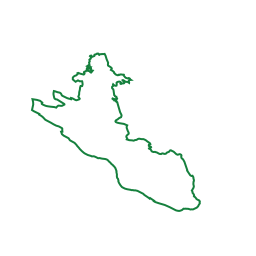 Regidor, Bolívar, Colombia (Equal Earth projection), rotated 117°
{"feature_id": "7082276B31703360799100", "entity_name": "Regidor", "entity_type": "district", "adm_level": 2, "iso_a3": "COL", "parent_name": "Colombia", "parent_adm1": "Bolívar", "projection": "equal_earth", "projection_center": [-73.886, 8.725], "detail": "fine", "context": "isolated", "style": "outline", "palette": "green", "viewbox_px": 256, "rotation_deg": 117, "n_neighbors": 0, "source": "geoboundaries", "source_scale": "gbopen_adm2", "svg_char_len": 5856}
<svg xmlns="http://www.w3.org/2000/svg" viewBox="0 0 256 256"><g transform="rotate(117 128 128)"><path d="M126.0,129.9L126.2,133.5L127.6,137.8L128.1,139.9L128.2,141.0L128.2,141.6L127.9,142.1L127.6,142.3L126.6,142.2L124.9,141.1L123.2,140.4L121.5,139.1L120.0,139.3L119.1,140.0L117.5,142.2L110.8,148.5L109.9,149.2L109.7,149.9L109.8,150.0L110.0,149.8L110.0,150.0L109.8,150.6L109.6,151.4L109.1,151.9L109.2,152.2L109.0,152.4L109.1,152.6L109.5,152.9L109.0,155.1L108.8,155.1L108.7,154.7L108.8,154.5L108.6,154.6L108.5,153.6L108.6,152.7L108.6,151.8L108.3,151.4L107.8,151.8L107.6,151.3L107.8,151.1L107.3,151.1L107.1,151.3L107.2,151.5L106.9,151.6L106.6,151.3L105.8,152.3L105.8,152.6L105.5,152.7L105.7,153.3L105.6,154.0L105.1,154.5L105.0,155.2L100.7,158.2L100.2,158.8L99.8,160.1L98.8,160.8L98.2,160.8L97.2,160.3L96.7,160.5L96.1,161.1L95.8,161.1L96.2,160.0L96.2,159.1L96.0,158.2L95.5,157.5L95.2,157.5L93.9,158.0L93.0,158.7L92.3,158.6L91.7,158.2L90.6,156.9L90.4,155.7L90.7,155.0L91.9,154.9L92.0,154.3L90.6,153.0L90.2,152.1L89.7,151.8L88.9,151.8L88.5,152.7L88.1,154.5L87.9,154.6L87.6,154.2L87.6,152.9L87.9,151.3L87.7,150.5L87.1,149.5L87.3,147.5L87.0,147.6L86.2,148.4L85.1,148.7L84.5,148.3L83.8,147.2L83.7,148.0L83.2,148.7L83.1,149.7L83.2,150.1L83.8,150.5L84.0,150.9L84.1,151.9L84.3,152.6L84.2,153.1L84.0,153.8L83.2,155.6L82.4,155.9L82.4,156.0L83.0,157.2L83.2,157.9L83.8,159.2L84.1,159.5L84.5,159.6L84.8,160.5L85.3,160.6L85.8,161.5L85.8,162.2L85.9,163.3L85.8,163.8L85.4,164.5L85.3,165.3L84.6,165.8L84.5,166.1L84.1,167.6L84.0,169.6L82.5,169.4L82.1,169.7L81.7,171.0L81.5,173.0L81.5,173.8L81.3,174.2L80.8,174.6L78.8,175.4L76.4,178.3L73.8,180.8L72.6,182.5L73.5,183.8L73.9,184.8L74.3,185.2L74.9,186.4L75.9,186.8L75.9,187.2L75.3,188.0L75.2,188.3L75.6,189.1L75.7,189.3L76.2,189.4L77.9,191.1L78.8,190.7L79.1,190.7L80.7,192.1L80.7,192.9L80.2,193.7L80.9,194.5L81.2,194.5L81.3,193.1L81.5,192.8L82.1,192.7L82.6,193.0L83.4,192.8L84.0,193.2L84.8,193.4L85.8,192.4L86.8,192.3L87.2,192.5L89.7,190.6L90.0,191.6L90.6,191.4L91.1,192.2L91.4,192.4L91.4,192.0L91.1,191.2L92.2,190.2L91.8,189.7L92.6,190.0L92.5,191.4L92.6,191.7L94.0,191.6L94.2,191.4L94.2,191.2L92.3,189.0L91.5,189.1L90.9,189.0L91.2,188.3L91.6,188.0L92.0,187.8L92.7,187.9L93.1,187.3L93.2,186.7L92.9,185.5L94.1,185.7L95.4,186.1L95.3,187.1L94.9,187.8L94.9,188.7L95.3,189.6L95.3,190.5L95.8,191.3L96.7,191.3L97.6,192.4L98.2,192.6L98.5,192.5L99.3,191.4L100.1,191.5L100.5,191.8L101.3,195.3L101.5,197.4L102.1,197.9L102.7,197.3L103.1,197.4L104.7,198.1L105.6,199.0L106.4,199.5L107.3,199.9L108.3,200.0L109.8,199.2L110.6,195.7L108.3,194.2L108.3,192.1L107.9,191.5L107.2,190.1L107.7,189.6L109.6,188.3L110.4,188.1L111.4,187.9L111.6,188.1L112.1,189.3L112.3,189.3L113.9,189.0L115.7,188.3L118.3,187.7L120.5,186.7L122.6,186.5L123.7,184.5L123.9,184.3L124.6,184.5L125.8,185.6L126.7,186.6L126.9,187.5L126.8,191.0L127.1,192.3L127.9,191.8L128.2,191.7L128.3,192.0L128.3,192.8L128.6,193.5L129.0,195.6L129.1,201.2L128.9,201.8L127.8,203.3L127.6,203.9L127.5,204.9L128.1,207.1L128.5,210.1L128.7,210.8L130.8,210.2L132.1,209.5L134.5,207.5L135.1,206.8L135.2,206.4L135.2,205.2L134.9,204.5L134.8,203.9L135.5,195.8L135.7,195.4L136.0,195.3L138.1,196.8L138.6,197.5L139.5,199.9L139.8,200.3L141.4,201.0L142.4,201.2L142.8,203.2L144.1,206.5L145.0,209.1L145.5,210.8L145.7,212.3L145.8,214.2L145.7,215.7L145.5,215.9L144.3,215.9L143.7,218.7L144.3,221.9L145.7,226.2L148.0,224.3L150.1,223.1L155.6,221.7L155.8,219.5L155.7,213.4L156.4,213.3L156.6,210.6L157.0,208.7L158.2,205.4L158.3,199.1L158.5,196.0L158.5,193.0L158.0,190.4L158.1,186.8L158.5,186.2L159.6,185.7L161.0,184.8L161.7,185.9L163.5,184.0L164.0,181.9L164.1,176.3L165.3,174.2L165.4,172.6L165.5,168.9L166.5,166.1L166.9,165.5L168.1,162.4L168.5,161.7L169.5,158.7L170.1,156.3L170.3,155.0L170.3,151.6L170.0,149.9L169.7,148.3L169.7,147.3L168.8,145.8L168.6,145.0L168.5,143.4L168.5,140.9L167.7,139.7L167.1,137.3L166.0,134.3L165.7,132.7L165.8,131.5L166.6,129.4L166.8,128.3L167.6,126.4L167.9,124.7L168.3,123.9L168.6,122.6L169.1,121.9L169.4,121.1L171.7,118.6L172.3,118.5L174.4,116.8L176.1,116.0L177.3,115.1L177.9,113.8L179.4,112.5L180.0,112.3L181.0,111.1L182.3,109.0L183.3,106.8L183.4,105.9L183.4,103.2L182.9,100.8L181.9,97.6L181.8,96.8L181.5,96.1L181.1,95.5L181.0,94.7L180.7,94.0L180.3,93.4L179.7,91.0L179.7,84.7L179.9,83.9L180.2,83.2L180.7,79.0L181.0,77.1L181.1,76.6L180.4,76.5L181.0,71.6L181.5,71.7L181.6,70.1L181.0,66.1L179.9,60.3L179.6,54.9L179.6,47.9L179.3,46.5L178.7,44.8L177.8,43.7L176.5,42.6L174.7,41.9L174.1,40.5L173.6,39.9L173.4,39.1L172.7,37.7L172.2,35.2L171.7,34.6L171.0,33.1L167.8,30.6L166.0,30.0L164.0,30.0L162.9,29.8L162.3,29.9L161.4,30.7L160.8,30.7L160.3,31.5L160.2,32.3L160.3,33.3L160.2,34.7L159.5,35.9L159.1,37.0L159.0,38.0L158.8,38.4L158.0,38.5L157.6,38.9L156.8,40.1L156.5,41.0L155.2,41.9L154.8,42.7L151.6,42.5L150.6,42.7L150.0,42.9L148.3,44.3L146.2,45.2L145.5,45.2L144.5,45.6L143.2,46.8L142.2,47.4L141.3,48.8L141.7,49.1L141.9,49.6L141.9,50.8L141.8,51.2L139.1,56.0L138.7,56.0L132.5,62.4L130.9,64.8L130.8,65.7L130.3,66.9L129.3,67.6L128.4,67.8L127.8,68.4L127.7,69.3L127.8,69.9L128.0,70.3L129.2,71.5L129.3,71.8L129.4,73.0L128.4,76.5L128.4,77.9L128.5,78.5L128.4,78.9L128.4,79.6L128.7,80.2L129.0,80.3L130.6,80.7L132.3,82.2L133.3,82.4L133.9,82.8L134.6,83.9L134.8,85.2L135.1,86.0L136.2,86.7L136.8,88.3L136.7,91.4L136.9,92.0L137.0,93.1L137.8,94.3L138.0,95.4L138.0,96.3L137.0,97.8L136.8,98.5L136.8,100.0L136.7,100.1L136.4,99.9L136.2,99.4L135.8,99.0L134.6,98.7L134.4,99.0L134.3,99.4L134.3,99.8L134.6,101.0L134.4,101.4L133.4,101.8L132.2,100.8L131.7,101.4L131.4,102.9L131.2,104.7L130.8,106.6L130.8,107.8L130.9,109.2L131.8,111.0L132.5,113.3L133.2,114.1L134.7,115.0L135.6,116.3L136.4,116.9L136.8,117.4L137.1,118.6L138.3,121.4L138.7,123.9L137.7,123.9L137.0,125.1L136.2,125.7L135.3,125.7L132.9,124.8L132.3,125.0L131.8,125.4L130.6,127.0L128.4,129.3L127.0,129.9L126.0,129.9Z" fill="none" stroke="#15803d" stroke-width="2"/></g></svg>